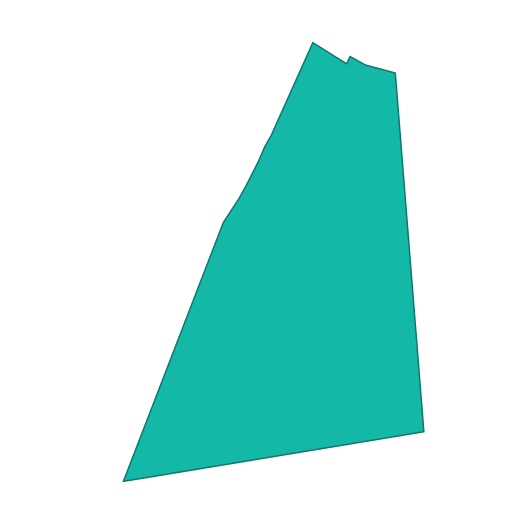 Teyarett, Nouakchott, Mauritania, rotated 171°
{"feature_id": "47542326B65700672861559", "entity_name": "Teyarett", "entity_type": "district", "adm_level": 2, "iso_a3": "MRT", "parent_name": "Mauritania", "parent_adm1": "Nouakchott", "projection": "natural_earth1", "projection_center": [-15.928, 18.147], "detail": "fine", "context": "isolated", "style": "filled", "palette": "teal", "viewbox_px": 512, "rotation_deg": 171, "n_neighbors": 0, "source": "geoboundaries", "source_scale": "gbopen_adm2", "svg_char_len": 347}
<svg xmlns="http://www.w3.org/2000/svg" viewBox="0 0 512 512"><g transform="rotate(171 256 256)"><path d="M283.0,294.2L422.2,54.2L413.7,54.2L117.7,56.2L89.8,414.9L118.2,427.6L131.9,438.3L136.4,431.6L166.5,457.8L222.2,372.6L230.2,362.6L238.7,349.2L255.2,326.4L264.2,315.0L283.0,294.2Z" fill="#14b8a6" stroke="#0f766e" stroke-width="1.5"/></g></svg>